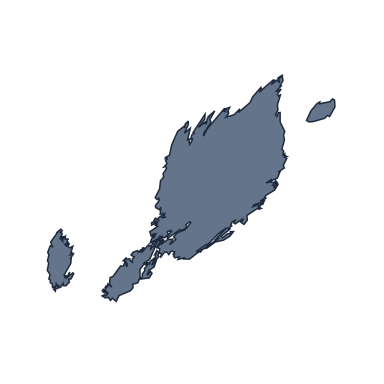 Vega nor, Nordland, Norway (Robinson projection), rotated 142°
{"feature_id": "86288312B81726238902221", "entity_name": "Vega nor", "entity_type": "district", "adm_level": 2, "iso_a3": "NOR", "parent_name": "Norway", "parent_adm1": "Nordland", "projection": "robinson", "projection_center": [11.939, 65.651], "detail": "fine", "context": "isolated", "style": "filled", "palette": "slate", "viewbox_px": 384, "rotation_deg": 142, "n_neighbors": 0, "source": "geoboundaries", "source_scale": "gbopen_adm2", "svg_char_len": 6115}
<svg xmlns="http://www.w3.org/2000/svg" viewBox="0 0 384 384"><g transform="rotate(142 192 192)"><path d="M189.6,133.8L183.7,135.3L186.2,137.2L187.2,135.6L190.1,137.2L195.9,137.0L196.5,139.1L184.7,139.5L184.1,140.7L186.9,141.3L181.5,140.8L181.6,142.2L179.0,143.6L175.6,143.2L178.1,141.9L177.6,140.3L168.9,139.6L170.0,138.9L168.7,138.3L172.1,138.3L171.1,134.5L165.7,135.8L163.2,139.7L150.1,138.7L150.0,137.3L147.6,136.5L148.4,137.9L147.0,139.0L149.6,139.3L147.4,139.7L147.4,141.4L152.8,142.9L151.4,143.3L152.2,144.1L143.3,141.0L146.5,140.0L145.1,140.2L144.8,139.0L142.6,138.7L143.5,139.2L140.7,140.3L143.4,142.0L142.6,143.5L142.8,142.0L141.0,142.6L141.1,141.5L138.9,141.6L140.1,142.8L137.5,141.8L137.8,143.2L135.6,143.8L125.6,142.7L119.7,144.9L119.2,146.1L120.5,146.3L125.4,144.6L123.3,145.9L124.3,147.6L119.1,147.2L119.1,149.5L122.4,147.6L121.5,149.1L122.9,149.2L122.0,149.4L123.6,151.0L122.8,151.7L128.1,153.4L121.8,153.0L122.2,151.9L116.2,150.4L109.7,154.0L112.1,154.7L104.4,154.1L103.8,156.7L96.5,160.2L97.6,162.5L95.5,161.8L96.7,163.2L95.3,163.4L96.6,163.7L95.4,165.0L97.4,165.1L94.5,168.0L94.9,170.4L87.2,176.0L84.7,180.6L81.6,182.6L79.5,192.8L73.6,200.4L75.0,201.3L78.7,199.3L78.5,201.7L73.9,203.6L70.9,208.2L61.9,214.5L64.7,214.1L64.5,216.5L58.3,218.2L62.2,218.6L63.4,219.5L56.3,220.7L57.1,221.6L51.7,223.8L49.6,227.7L50.4,228.0L48.2,228.4L54.7,229.0L52.2,227.8L54.0,227.4L56.0,224.1L55.7,227.9L63.6,227.8L58.2,229.3L59.0,230.3L77.5,229.3L73.9,230.4L73.3,232.0L85.7,229.6L91.2,226.7L106.6,226.1L103.9,227.2L103.8,227.9L111.3,227.0L119.4,230.1L114.9,231.2L113.9,233.0L115.4,233.0L110.2,235.5L113.2,236.5L117.1,234.8L116.3,235.8L117.1,236.3L114.0,236.7L115.2,237.8L141.5,232.3L148.4,228.9L146.4,231.2L137.0,234.2L133.8,235.8L133.6,237.9L124.1,241.9L133.7,241.3L131.2,240.9L134.7,240.5L138.5,237.0L139.5,237.8L137.0,239.1L147.1,238.9L137.2,241.5L133.8,245.3L154.6,238.2L154.0,237.0L156.9,237.1L160.6,234.4L158.9,233.6L159.9,232.7L164.4,231.0L161.8,235.6L163.3,235.8L154.1,243.3L161.8,243.0L153.3,247.5L151.9,249.3L153.4,249.3L151.3,250.2L155.3,249.8L158.2,247.0L157.6,248.7L165.9,248.6L178.7,241.8L187.2,234.8L191.8,235.6L192.5,234.7L190.7,234.9L191.1,233.3L193.5,232.8L194.2,229.8L198.7,229.0L197.0,228.3L197.4,226.4L203.5,224.2L205.1,221.3L210.0,220.2L215.5,214.5L224.4,210.3L224.2,207.5L222.0,207.5L222.9,205.6L229.4,203.7L230.2,202.1L228.6,198.1L225.8,199.2L230.8,194.1L228.1,193.0L230.3,191.2L227.0,191.5L229.1,189.9L228.7,188.7L231.3,189.9L231.0,192.2L234.8,192.3L235.7,190.2L237.0,194.0L239.6,192.8L238.2,190.9L241.0,190.7L240.2,191.9L242.7,192.8L244.2,190.7L237.2,189.4L242.0,188.5L240.1,187.9L240.9,187.7L240.0,186.0L249.7,186.7L251.2,182.6L246.9,182.7L251.3,181.3L246.7,181.0L249.8,179.5L252.0,180.4L256.3,177.6L248.2,176.3L251.5,174.9L251.4,176.4L255.4,176.8L253.1,176.1L255.1,175.4L254.9,173.5L249.4,174.0L253.5,173.0L254.5,171.8L253.7,170.5L247.6,171.9L248.3,174.6L246.4,173.1L247.7,172.6L244.6,172.3L244.3,174.3L248.3,175.9L244.5,177.0L245.1,175.4L242.7,175.5L242.9,173.8L241.5,172.7L236.3,173.3L236.3,175.4L235.7,175.9L232.5,174.8L233.3,174.3L232.5,173.5L238.4,172.3L240.0,170.5L224.7,169.8L224.9,168.6L220.8,167.4L217.7,167.8L217.1,169.9L212.6,170.2L211.7,168.6L220.4,166.5L228.8,168.9L234.1,168.0L233.8,164.8L239.9,164.0L241.2,164.6L236.1,166.6L240.4,169.5L247.0,169.6L243.2,171.7L254.6,169.5L253.2,169.4L252.5,166.9L255.1,164.6L254.3,161.8L257.5,159.7L250.5,161.5L248.7,159.8L248.8,157.0L244.7,158.2L242.5,155.5L244.9,154.6L244.1,154.1L245.9,152.9L246.1,150.8L242.1,148.8L244.6,147.5L238.8,145.0L239.9,144.4L235.1,140.6L224.0,140.7L224.8,142.5L212.1,141.8L213.4,141.6L212.6,140.9L196.2,142.9L186.6,142.6L202.2,140.2L198.5,138.8L223.6,140.9L222.4,139.5L218.4,140.3L214.6,138.6L204.5,138.3L196.9,134.7L189.6,133.8ZM301.5,152.1L297.2,152.9L295.7,155.8L290.7,153.8L285.7,156.5L280.6,163.1L273.7,164.9L273.6,163.5L270.0,163.2L272.9,165.4L267.1,164.9L255.1,171.2L256.6,173.2L260.5,172.0L256.5,175.0L259.3,176.0L258.6,177.2L266.6,175.7L264.3,177.7L265.3,178.3L268.5,175.9L270.4,177.1L268.2,176.5L267.8,177.9L271.6,177.6L271.0,179.4L275.6,180.8L278.8,179.9L277.8,176.7L276.5,176.5L280.4,175.9L282.3,173.3L283.1,176.6L282.1,177.5L285.5,179.8L283.9,180.7L288.6,180.2L286.7,177.9L288.0,177.5L287.1,175.5L288.7,173.6L289.8,173.8L289.0,173.9L288.9,177.6L291.8,175.8L293.7,177.7L306.5,174.1L309.2,175.0L313.6,170.5L313.7,166.3L315.0,171.4L317.1,169.5L317.6,170.8L319.1,170.3L318.8,169.2L321.0,169.1L321.7,167.2L321.9,170.0L323.6,169.3L322.3,167.2L320.8,167.3L320.7,165.6L323.0,166.7L321.9,164.9L322.8,164.9L320.1,163.8L324.0,163.5L324.1,164.9L326.8,165.5L325.6,162.0L322.8,160.5L323.0,156.7L320.1,157.4L319.1,152.4L313.2,155.3L301.5,152.1ZM349.1,195.7L344.0,196.5L342.9,199.3L341.0,198.0L335.5,200.4L335.6,201.6L340.5,201.7L337.6,204.3L343.1,201.6L344.0,201.6L342.8,203.0L345.4,203.0L343.3,204.0L343.8,205.4L331.6,210.3L328.0,214.1L329.3,214.3L323.8,216.1L326.5,217.4L323.9,217.7L324.9,218.6L319.3,222.7L322.6,223.1L323.3,225.9L320.8,226.6L320.7,228.0L324.3,227.0L324.5,228.9L321.0,229.0L319.4,231.6L318.0,230.7L320.9,233.1L318.9,235.1L322.4,234.9L324.3,232.6L324.2,235.6L320.7,235.9L322.6,237.5L322.9,236.4L325.1,236.3L320.1,239.0L319.6,240.6L321.2,241.3L318.1,241.4L318.3,243.5L324.0,243.3L323.1,242.9L334.1,239.6L335.7,234.9L336.5,236.5L335.6,236.5L337.0,236.8L342.8,233.3L343.6,230.5L348.3,226.7L348.6,224.3L354.3,219.3L354.7,214.4L358.4,211.5L357.8,210.1L359.6,207.5L358.6,205.9L360.7,202.6L358.5,202.0L360.9,200.5L360.7,198.0L355.5,203.2L356.1,200.4L353.9,200.5L357.3,199.0L354.1,197.8L349.9,199.4L351.0,197.3L349.1,195.7ZM37.2,166.7L26.9,171.1L23.1,176.6L24.0,178.9L27.5,178.2L37.2,183.0L35.8,184.3L39.0,184.7L48.4,182.7L57.7,177.9L56.8,175.3L53.2,172.9L42.1,168.4L38.0,168.9L37.2,166.7ZM286.9,155.5L278.6,150.6L273.5,152.6L273.7,155.2L278.0,153.9L278.0,154.6L273.9,156.8L268.1,156.2L261.9,160.3L263.7,160.8L258.0,161.4L257.8,163.2L255.6,164.0L255.7,167.5L259.8,165.7L258.9,165.5L262.0,162.0L266.6,159.1L268.8,159.0L262.1,163.1L267.6,163.0L269.9,161.3L272.7,163.1L272.6,161.9L276.8,160.8L277.6,159.0L281.4,158.1L283.4,155.8L286.9,155.5Z" fill="#64748b" stroke="#1e293b" stroke-width="1.5"/></g></svg>